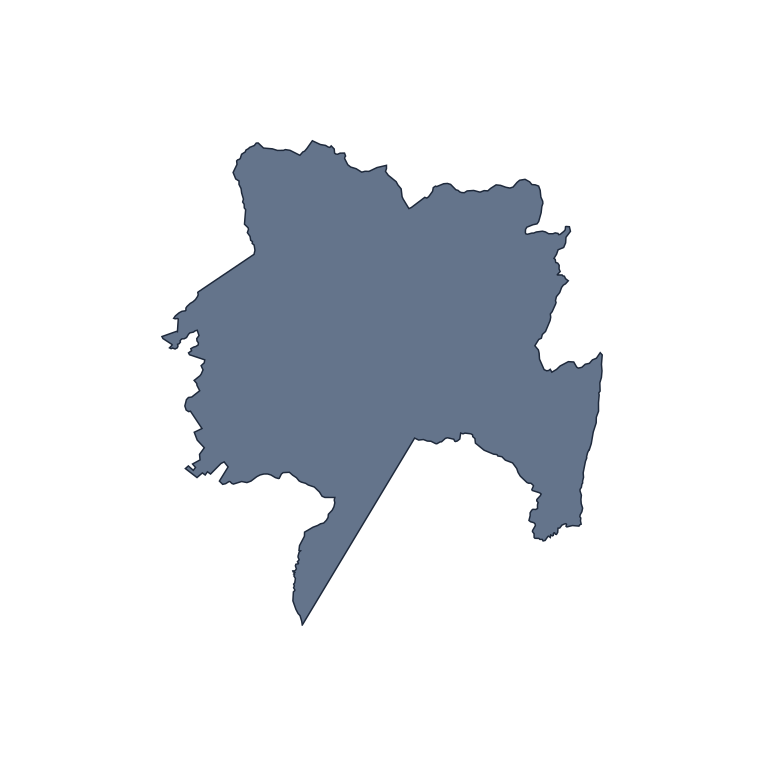 the Province of Northern Cape, rotated 211°
{"feature_id": "ZAF-1188", "entity_name": "Northern Cape", "entity_type": "Province", "adm_level": 1, "iso_a3": "ZAF", "parent_name": "South Africa", "parent_adm1": "", "projection": "mercator", "projection_center": [20.625, -28.845], "detail": "fine", "context": "isolated", "style": "filled", "palette": "slate", "viewbox_px": 768, "rotation_deg": 211, "n_neighbors": 0, "source": "natural_earth", "source_scale": "10m", "svg_char_len": 6171}
<svg xmlns="http://www.w3.org/2000/svg" viewBox="0 0 768 768"><g transform="rotate(211 384 384)"><path d="M175.1,329.5L176.3,329.8L178.3,333.0L180.7,333.9L181.2,335.0L181.3,340.5L182.4,341.9L184.1,342.3L187.5,341.4L189.5,341.7L190.9,346.4L192.4,348.8L192.4,351.8L191.9,353.2L189.2,354.7L188.3,356.4L190.2,359.4L190.9,361.8L192.9,362.5L193.5,363.8L192.5,368.7L192.6,370.6L194.5,370.9L202.1,369.1L202.9,369.7L203.4,373.7L204.6,374.2L207.0,374.6L209.1,373.4L210.8,373.2L219.7,375.2L223.5,377.2L226.7,379.9L233.2,382.6L240.8,381.2L245.5,382.4L249.4,380.9L250.8,381.7L253.9,380.3L264.1,378.8L275.2,380.4L278.0,384.1L280.8,384.6L282.0,386.1L284.0,386.0L289.3,383.6L290.6,382.0L293.0,381.4L290.7,375.9L291.8,372.9L293.1,371.5L293.9,371.4L295.7,372.6L301.9,370.6L303.4,369.0L304.9,364.1L306.1,363.2L307.9,360.0L309.0,359.5L314.3,359.1L317.5,357.4L321.6,356.7L325.4,353.8L329.9,353.4L329.9,134.7L330.2,135.7L332.5,138.4L336.7,142.2L339.4,143.0L343.5,145.5L350.4,151.2L354.6,159.1L354.1,161.0L354.6,161.8L356.6,162.8L356.8,164.7L358.4,165.9L358.1,167.6L359.8,171.7L362.3,173.0L362.7,174.7L363.5,174.6L363.3,176.5L365.2,176.2L365.9,176.8L364.3,177.8L364.0,178.7L363.9,180.4L366.3,182.5L366.7,184.1L364.9,185.8L365.1,186.4L366.7,187.1L366.2,189.6L368.6,191.4L369.1,192.4L370.2,196.4L369.6,198.0L371.2,197.6L373.2,202.0L373.8,212.5L375.8,216.1L371.1,224.7L368.0,228.6L366.4,231.5L364.1,233.7L363.2,237.6L363.2,240.8L364.6,243.7L363.4,249.1L363.7,253.1L365.0,256.9L366.9,258.9L367.7,261.4L376.3,256.3L379.3,255.9L383.7,258.2L390.7,259.8L397.0,258.4L400.0,258.5L404.5,257.3L406.9,257.2L410.8,258.6L415.3,258.8L419.6,259.6L424.8,256.1L425.6,254.0L425.2,249.2L425.8,248.6L428.9,247.8L434.1,247.8L437.5,246.9L440.6,245.0L443.3,242.3L445.3,239.1L448.0,232.3L450.7,228.9L455.8,227.1L461.5,220.7L463.2,220.4L465.6,221.0L466.6,220.6L468.4,217.0L470.6,214.9L475.1,216.0L474.9,232.6L480.9,234.9L482.8,231.9L486.3,217.5L490.1,217.8L490.4,213.9L493.9,214.2L496.1,207.5L510.7,209.2L509.5,213.0L503.0,211.8L502.6,215.4L506.9,216.8L502.6,224.2L505.9,228.7L505.2,236.8L515.2,239.7L521.8,244.9L517.1,252.1L535.9,261.0L537.2,259.7L540.2,259.8L543.4,262.6L545.3,268.8L544.7,271.7L542.1,273.8L538.5,283.3L543.6,286.5L544.8,288.0L548.6,289.3L546.0,296.3L545.8,298.3L546.4,302.9L550.2,305.5L549.0,309.6L550.1,312.4L565.8,308.9L567.6,310.0L566.1,313.4L567.8,314.8L566.2,317.6L564.6,319.3L563.4,321.8L564.3,323.7L566.5,324.6L567.9,326.5L567.5,330.2L571.8,333.9L573.2,332.4L574.1,330.3L576.7,327.9L577.2,326.0L577.2,322.1L578.6,319.8L580.3,318.8L580.9,317.4L581.0,315.9L580.1,315.1L580.4,312.9L581.4,311.7L580.1,310.4L579.8,308.6L581.1,306.4L583.7,305.9L584.7,304.6L586.5,304.5L585.7,307.9L586.1,308.7L596.9,309.1L598.8,310.3L589.0,322.2L588.0,322.4L593.8,333.7L594.7,333.8L596.6,332.3L598.1,332.0L597.9,334.9L596.4,339.3L594.7,342.2L592.0,344.4L591.8,345.2L592.9,347.1L592.8,349.0L591.6,353.3L590.1,356.1L589.1,359.3L588.9,363.2L589.3,364.9L590.8,366.6L590.7,367.2L562.2,428.2L563.5,432.2L566.9,436.2L569.4,436.6L570.1,438.3L572.3,438.5L574.8,441.5L579.1,443.4L579.8,446.7L580.9,447.9L585.9,449.1L592.4,462.2L594.5,463.0L596.4,466.0L598.9,467.2L599.7,470.1L604.4,474.4L607.2,477.9L611.1,480.4L612.8,483.3L616.7,483.4L622.3,487.6L623.1,496.5L625.2,499.3L624.9,500.7L623.6,502.3L623.4,503.5L624.4,507.6L622.5,511.4L622.8,513.5L621.4,516.0L621.1,517.5L618.0,521.6L617.6,524.7L616.0,525.8L608.8,524.2L600.8,528.1L595.7,529.3L590.5,532.5L589.3,534.1L584.9,535.9L573.9,536.7L573.1,541.1L572.0,542.6L571.4,546.1L570.7,555.6L561.9,556.5L557.0,558.4L553.8,558.4L552.3,558.9L551.9,560.9L547.7,559.8L545.3,556.5L543.8,556.3L542.1,557.0L540.6,559.2L536.8,561.6L534.3,559.6L534.4,558.2L533.9,557.0L528.0,553.3L524.3,552.8L518.8,554.2L512.2,554.1L509.8,556.6L506.4,558.5L501.5,565.9L494.5,572.7L492.8,569.9L492.2,567.0L487.8,565.1L477.8,563.7L474.6,561.8L469.8,560.1L465.0,553.9L462.9,552.4L453.0,547.2L451.5,549.3L445.2,565.0L443.1,565.4L442.2,567.4L441.6,574.2L442.9,577.7L441.8,580.1L440.5,580.4L436.0,586.4L432.9,588.6L429.7,589.4L422.4,587.5L420.3,588.1L418.0,587.7L416.3,588.0L413.7,589.3L412.2,592.3L406.8,596.1L400.5,597.9L397.8,601.3L394.5,603.0L393.4,606.5L390.5,612.4L386.4,614.3L380.9,615.4L377.0,616.8L374.8,619.3L373.8,625.3L372.7,628.5L368.5,632.1L363.3,632.3L360.0,631.1L357.0,632.6L353.4,633.3L349.9,630.5L345.8,625.0L342.1,622.4L340.8,620.6L340.1,617.4L337.5,611.7L335.1,603.0L335.3,600.1L338.3,597.3L342.3,592.0L342.3,589.4L340.8,586.6L339.9,585.8L338.3,586.1L335.0,589.5L333.5,590.4L331.8,592.7L326.9,596.6L324.0,597.5L320.3,597.6L316.6,599.8L315.1,601.7L312.4,602.7L311.2,602.0L310.1,602.9L308.4,607.6L308.1,609.6L309.4,612.3L309.1,612.8L306.1,614.3L302.8,610.9L303.6,603.5L301.0,598.5L300.3,593.6L303.9,588.7L302.9,584.0L303.0,579.2L301.4,579.0L299.4,576.6L297.4,577.1L295.0,576.0L293.2,572.8L290.9,571.1L291.8,567.1L291.5,566.8L287.5,569.2L286.3,568.8L284.9,569.3L282.7,567.8L279.2,567.4L280.0,563.3L281.2,561.2L281.5,558.3L280.5,552.9L281.2,547.6L279.9,543.7L278.5,542.5L278.1,541.0L277.1,532.6L277.5,529.7L275.5,527.1L274.3,523.9L272.6,512.2L273.8,508.0L272.7,504.3L274.3,501.9L274.4,494.5L269.2,492.7L266.9,490.3L263.5,485.4L254.2,478.8L251.4,479.1L249.8,480.4L249.1,482.2L246.2,480.6L243.6,485.4L242.3,490.2L237.5,498.1L232.7,500.6L227.5,497.7L225.6,497.7L223.0,500.2L221.7,504.6L218.6,507.5L217.8,512.0L215.2,515.5L214.8,522.2L211.9,521.3L207.7,512.8L203.9,507.5L201.0,501.6L199.6,496.2L195.1,489.2L195.3,486.9L193.9,485.4L190.5,478.4L186.1,471.2L184.9,464.9L182.1,460.0L179.9,450.6L175.6,439.6L174.1,433.2L174.4,433.2L174.1,429.9L172.8,425.7L172.1,425.1L171.5,421.5L167.5,410.4L164.9,406.8L163.8,403.1L162.7,401.4L162.8,400.0L161.6,397.1L161.7,394.7L160.9,393.3L157.5,390.3L155.7,386.4L153.3,383.0L149.8,379.9L148.6,376.4L148.5,373.0L147.8,371.1L146.3,370.5L145.1,367.9L142.8,365.4L143.7,364.1L143.7,362.6L149.6,359.7L153.6,355.7L154.7,355.8L155.3,357.8L156.2,357.9L157.2,357.0L158.8,354.7L159.2,351.1L160.6,350.0L158.7,346.3L158.7,343.9L159.7,343.5L161.2,344.3L161.7,343.9L161.8,343.1L160.9,341.4L161.4,340.6L163.4,340.4L162.4,338.1L164.6,338.3L165.0,337.7L165.3,332.9L166.8,331.4L168.3,332.3L170.3,331.1L171.7,331.4L175.1,329.5Z" fill="#64748b" stroke="#1e293b" stroke-width="1.5"/></g></svg>